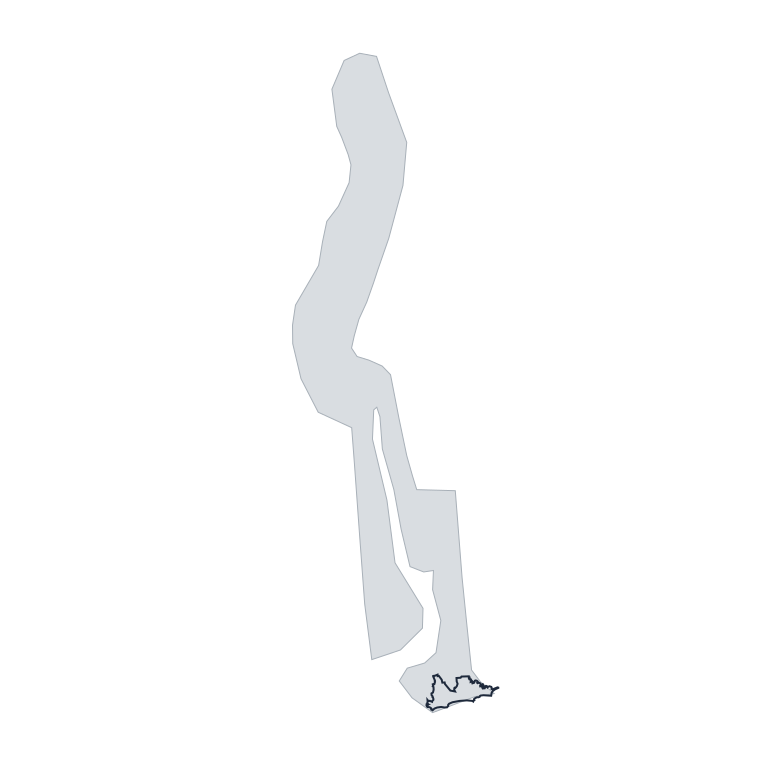 Kombo South, West Coast, Gambia (highlighted), rotated 265°
{"feature_id": "56634734B1390118495461", "entity_name": "Kombo South", "entity_type": "district", "adm_level": 2, "iso_a3": "GMB", "parent_name": "Gambia", "parent_adm1": "West Coast", "projection": "mercator", "projection_center": [-16.741, 13.204], "detail": "medium", "context": "in_parent", "style": "outline", "palette": "slate", "viewbox_px": 768, "rotation_deg": 265, "n_neighbors": 0, "source": "geoboundaries", "source_scale": "gbopen_adm2", "svg_char_len": 2746}
<svg xmlns="http://www.w3.org/2000/svg" viewBox="0 0 768 768"><g transform="rotate(265 384 384)"><path d="M110.5,347.8L166.6,345.6L234.5,346.5L308.5,347.6L343.3,348.0L361.6,316.0L396.4,301.8L432.1,296.6L450.6,298.0L470.3,302.7L507.8,329.2L531.2,335.2L551.0,341.2L565.1,354.1L587.6,366.8L605.2,370.2L615.7,368.3L633.2,363.4L644.7,359.4L682.2,357.8L709.8,372.5L715.6,388.6L711.0,405.1L673.9,413.9L622.7,427.7L580.2,420.2L528.6,401.4L498.5,387.9L485.9,382.5L467.0,373.9L450.6,364.6L434.7,358.6L422.6,354.8L413.7,359.6L409.1,371.0L402.0,383.8L392.7,391.3L349.5,395.8L310.7,400.4L289.8,404.4L275.9,407.4L271.5,445.7L227.6,445.3L184.4,444.9L139.6,445.5L91.4,446.3L79.0,454.1L66.0,466.7L64.7,447.5L52.4,403.8L68.9,384.6L86.8,373.3L98.9,382.4L102.5,400.2L111.8,412.4L143.4,420.0L174.8,414.5L193.9,417.0L193.3,407.2L199.8,394.0L237.9,388.4L278.1,384.6L319.4,376.7L351.8,377.1L361.5,374.8L359.1,371.5L330.1,367.7L268.1,376.8L204.9,379.4L157.1,403.3L137.4,401.0L117.6,377.2L110.5,347.8Z" fill="#d9dde1" stroke="#a8b0b8" stroke-width="1"/><path d="M88.9,407.8L88.2,408.0L88.1,407.6L87.7,407.7L84.2,408.9L83.7,408.6L82.9,408.9L80.6,408.0L80.3,406.8L80.7,406.7L80.6,406.4L79.4,406.7L78.6,406.2L77.9,406.9L75.1,406.8L72.4,405.9L71.6,404.3L69.8,404.3L68.8,405.1L67.9,405.0L67.7,405.4L65.8,405.8L64.9,405.6L64.1,404.5L63.2,404.2L64.4,402.0L64.2,400.7L65.5,399.8L63.9,399.8L62.5,399.3L61.6,399.9L60.8,399.4L60.7,399.9L60.2,398.8L60.6,398.4L60.2,398.3L59.3,398.6L59.0,399.4L58.4,399.3L58.1,401.1L57.3,402.3L56.5,402.9L56.1,402.6L55.3,402.9L55.2,403.8L54.8,404.1L56.3,406.0L57.1,408.8L57.3,412.8L56.5,416.0L56.4,418.6L57.7,419.9L58.7,419.9L59.8,420.9L61.0,424.5L61.7,431.5L61.6,438.9L60.6,444.5L59.9,445.2L60.9,445.8L61.2,446.5L62.2,446.2L62.9,447.0L63.8,449.2L63.7,451.0L64.1,452.1L64.8,452.4L65.2,453.1L65.3,455.9L64.1,463.6L67.0,464.3L68.5,465.4L70.2,468.1L71.3,471.4L71.6,471.4L71.9,470.6L70.3,465.4L70.8,464.5L72.0,464.8L72.9,464.5L73.7,462.7L73.3,461.4L72.7,460.7L74.0,460.2L74.4,459.3L74.1,458.8L73.2,458.8L73.0,458.3L72.1,457.8L72.1,455.8L73.3,455.4L73.4,456.7L74.3,457.1L76.4,456.2L76.2,455.5L75.6,455.9L74.5,454.9L74.4,453.5L74.9,453.5L75.0,454.2L75.5,454.3L77.3,453.8L77.9,453.2L78.1,452.3L77.8,451.1L78.2,450.8L78.8,451.6L79.4,451.5L80.3,450.6L80.7,449.4L80.5,448.7L78.5,447.7L78.1,446.0L78.7,445.9L79.0,446.6L79.4,446.7L80.2,446.1L79.7,444.4L80.2,444.5L80.6,445.1L82.0,445.0L82.4,444.6L82.2,443.4L82.5,443.2L83.5,442.9L83.8,443.5L84.3,443.7L84.7,443.0L85.4,443.0L85.8,435.7L84.7,434.7L84.8,430.6L81.4,430.5L78.9,431.2L76.5,430.1L75.0,428.6L75.3,427.9L75.0,427.6L73.3,427.3L71.5,428.0L72.8,423.4L79.8,418.6L81.4,418.4L81.4,416.1L84.4,415.7L88.4,413.2L88.3,412.0L89.8,412.0L89.0,409.5L88.9,407.8Z" fill="none" stroke="#1e293b" stroke-width="2"/></g></svg>